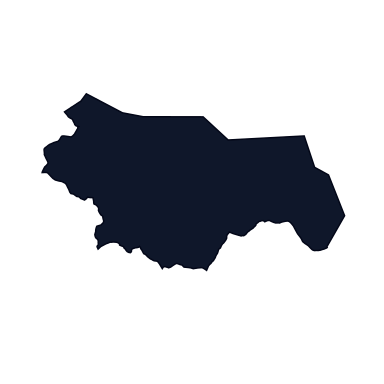 the district of Pagli, Samchi, Bhutan, rotated 194°
{"feature_id": "84629894B20130203426207", "entity_name": "Pagli", "entity_type": "district", "adm_level": 2, "iso_a3": "BTN", "parent_name": "Bhutan", "parent_adm1": "Samchi", "projection": "mercator", "projection_center": [89.207, 26.85], "detail": "fine", "context": "isolated", "style": "filled", "palette": "ink", "viewbox_px": 384, "rotation_deg": 194, "n_neighbors": 0, "source": "geoboundaries", "source_scale": "gbopen_adm2", "svg_char_len": 4321}
<svg xmlns="http://www.w3.org/2000/svg" viewBox="0 0 384 384"><g transform="rotate(194 192 192)"><path d="M335.1,238.9L333.8,237.9L332.0,236.7L330.1,235.0L328.2,234.3L326.3,233.9L325.3,233.3L324.4,232.0L322.9,230.4L322.0,229.0L320.4,228.1L318.6,228.1L317.8,228.1L318.4,227.1L318.3,225.5L318.7,224.7L318.9,223.9L319.1,223.0L319.7,221.1L319.9,220.0L321.4,217.4L322.6,216.2L324.0,216.0L325.4,215.9L329.8,215.4L331.5,214.9L332.1,214.3L332.9,211.6L333.3,210.4L334.2,208.8L336.6,207.4L338.1,206.5L339.4,205.4L341.7,203.7L342.9,202.3L343.9,200.9L345.2,199.4L345.8,198.2L345.8,197.4L345.6,196.7L345.1,195.3L344.6,193.9L344.3,192.5L343.2,191.2L341.8,189.4L339.6,186.9L338.5,185.2L339.6,182.7L341.0,180.6L341.4,178.9L342.1,175.6L342.1,174.6L339.1,175.5L337.0,175.8L333.9,173.9L333.2,173.4L330.3,171.6L327.6,170.6L323.9,170.5L320.7,170.7L317.0,169.8L316.4,169.4L315.0,168.1L314.3,167.1L312.1,164.6L310.5,162.3L309.1,161.2L306.4,161.3L302.8,159.8L300.7,160.0L299.6,159.6L298.5,158.8L296.2,158.5L294.3,158.2L293.0,159.8L292.0,161.8L290.6,161.8L288.6,162.1L287.7,162.4L286.6,162.4L286.3,161.6L285.6,160.2L285.1,159.0L284.7,157.6L284.1,156.6L282.4,156.4L281.3,155.9L280.1,155.1L278.9,154.1L278.4,152.7L278.4,151.7L277.8,150.8L277.2,150.0L275.9,148.7L274.8,147.7L273.1,147.1L272.5,146.4L272.3,145.6L271.6,144.2L270.5,142.3L270.9,140.3L271.8,139.0L272.3,138.0L273.8,137.1L274.9,136.5L276.1,135.7L276.2,134.9L276.3,133.6L276.2,131.6L275.9,130.7L275.9,129.7L276.0,127.3L275.5,126.1L274.8,124.9L273.7,123.9L272.9,123.6L271.9,123.0L271.5,122.4L271.0,121.4L270.8,120.3L270.3,118.8L270.3,117.7L270.9,116.7L270.9,115.9L270.0,114.8L269.3,113.9L267.3,117.0L266.1,118.1L265.1,119.0L264.0,120.0L263.1,120.8L262.3,121.4L261.5,121.9L260.6,122.5L259.6,123.4L258.2,123.8L257.4,124.0L256.7,124.4L255.9,124.5L254.4,124.8L253.0,125.0L251.9,124.9L251.0,124.7L250.5,124.5L249.7,123.9L249.4,123.0L247.2,122.6L246.5,122.6L245.5,122.4L244.8,122.0L244.5,121.3L243.7,120.9L242.7,120.3L241.8,119.4L240.5,118.5L238.9,118.1L237.1,118.2L236.6,118.9L236.4,119.9L236.7,121.2L236.2,122.4L235.0,123.2L233.6,124.1L232.0,124.7L231.3,125.0L230.3,125.6L229.8,126.6L228.6,125.6L227.8,124.4L227.3,124.0L226.8,123.7L225.1,121.8L224.5,121.1L223.5,120.3L222.9,120.4L221.2,119.7L219.5,118.5L218.3,118.0L217.5,117.6L216.1,117.0L214.7,116.8L213.6,116.4L212.2,116.1L211.1,116.2L210.4,116.3L209.2,116.4L208.6,116.3L207.8,115.7L207.2,115.2L206.4,114.6L202.3,110.5L201.7,112.3L200.2,113.1L198.6,113.0L197.7,113.0L196.3,112.8L194.5,114.0L194.0,114.6L193.0,115.8L192.0,116.9L191.1,117.8L190.2,118.8L188.7,119.0L187.7,118.9L186.2,118.7L184.7,118.7L183.5,118.6L182.7,117.8L181.6,117.2L178.9,117.6L176.8,117.9L174.7,118.1L173.6,118.0L172.2,117.9L171.1,118.4L169.0,119.3L167.8,119.8L166.8,120.1L165.4,120.6L164.0,121.0L163.1,120.9L161.9,120.6L160.4,120.1L158.9,119.5L158.1,124.4L157.7,125.2L157.1,126.3L156.5,127.1L156.2,127.7L155.7,129.0L155.4,129.8L154.9,130.1L154.5,130.8L154.4,131.7L153.9,132.8L153.5,134.5L153.5,135.3L153.1,137.1L152.7,138.0L152.4,139.2L152.4,140.1L152.3,141.5L152.3,142.4L152.1,143.1L150.9,144.6L150.6,146.6L150.2,148.2L149.6,149.5L149.1,150.0L148.1,152.3L147.6,153.6L147.2,155.5L147.7,157.7L147.4,159.4L147.0,160.0L146.4,161.2L146.1,162.2L142.0,161.6L135.5,161.3L134.6,161.4L133.8,161.2L132.3,162.0L131.2,162.1L130.8,162.6L129.7,163.7L129.2,164.7L128.8,165.7L128.3,166.8L127.5,167.5L126.2,169.4L125.3,170.3L124.0,171.7L123.4,172.9L122.5,174.2L122.0,175.4L122.1,176.6L121.0,177.9L120.5,178.5L120.1,179.5L119.1,179.9L117.5,181.0L115.8,181.5L114.2,180.7L113.1,181.6L112.2,182.3L110.9,182.9L109.5,183.1L108.1,182.7L105.4,182.3L103.3,182.2L100.9,182.9L99.5,183.1L97.9,184.4L96.0,185.4L93.9,186.4L92.1,187.0L90.6,186.9L89.0,186.2L87.1,184.9L85.3,183.5L83.9,181.9L82.2,180.0L79.4,177.0L76.7,174.9L74.7,173.2L74.3,172.7L73.0,171.1L72.5,170.6L70.0,169.4L67.4,168.5L65.9,167.9L64.3,166.8L63.0,166.0L61.6,165.2L60.4,164.8L58.9,164.8L57.4,165.3L55.3,165.8L53.2,166.7L51.7,167.7L49.9,168.7L48.9,169.5L47.8,170.3L47.4,170.9L47.9,171.4L38.2,205.9L63.7,241.6L79.0,245.6L96.7,273.5L169.5,251.2L199.4,267.6L257.7,253.2L278.6,252.0L318.3,261.7L321.9,253.1L323.4,251.6L324.4,250.5L325.0,249.9L325.4,249.4L325.8,248.9L326.7,248.0L327.6,247.0L328.5,246.0L329.5,245.1L330.8,243.5L331.8,242.5L332.5,241.7L334.0,240.1L335.1,238.9Z" fill="#0f172a" stroke="#020617" stroke-width="1.5"/></g></svg>